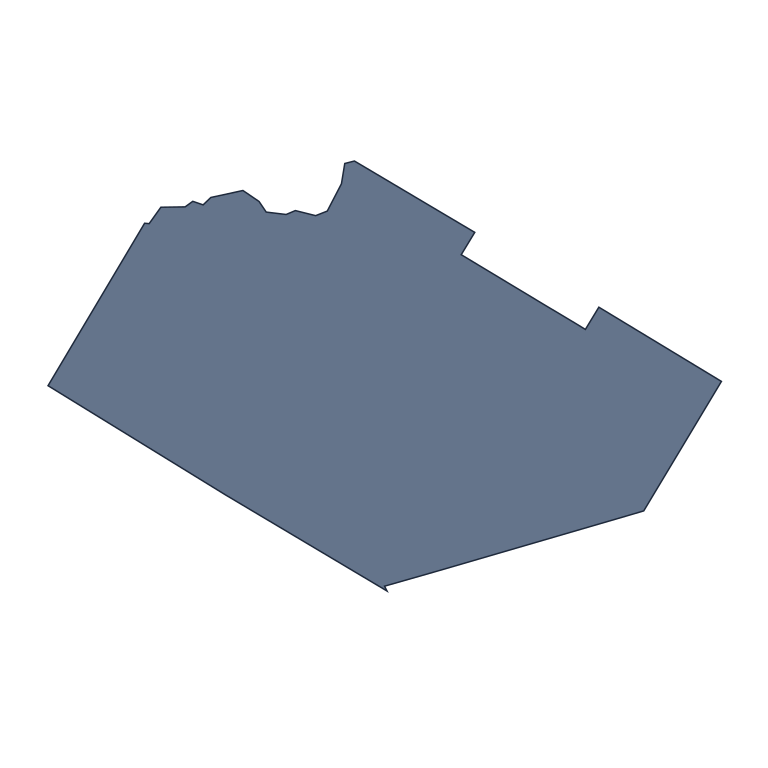 Ada, Idaho, United States of America (Natural Earth projection), rotated 121°
{"feature_id": "52423323B70404616629073", "entity_name": "Ada", "entity_type": "district", "adm_level": 2, "iso_a3": "USA", "parent_name": "United States of America", "parent_adm1": "Idaho", "projection": "natural_earth1", "projection_center": [-116.34, 43.46], "detail": "fine", "context": "isolated", "style": "filled", "palette": "slate", "viewbox_px": 768, "rotation_deg": 121, "n_neighbors": 0, "source": "geoboundaries", "source_scale": "gbopen_adm2", "svg_char_len": 553}
<svg xmlns="http://www.w3.org/2000/svg" viewBox="0 0 768 768"><g transform="rotate(121 384 384)"><path d="M208.1,524.2L215.2,531.2L234.3,523.6L265.0,521.7L274.9,529.3L281.0,549.3L289.1,555.2L297.3,573.5L291.9,585.1L290.8,604.6L313.3,628.5L323.6,631.3L325.9,642.0L334.6,645.7L347.4,666.3L367.5,667.9L369.5,672.0L558.5,671.1L560.7,462.4L559.9,274.8L557.0,279.4L518.6,243.5L371.2,107.2L359.0,96.0L208.0,96.1L207.5,239.4L233.5,239.5L233.4,251.6L233.5,287.8L233.4,384.4L207.3,384.3L208.1,524.2Z" fill="#64748b" stroke="#1e293b" stroke-width="1.5"/></g></svg>